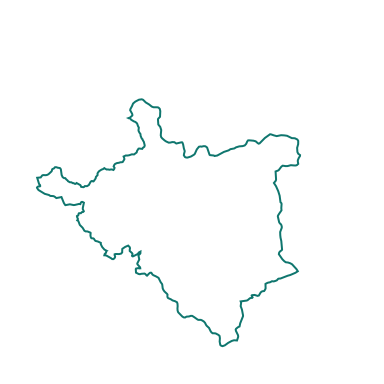 Quang Binh, Hà Giang, Vietnam, rotated 127°
{"feature_id": "81297802B33189914091729", "entity_name": "Quang Binh", "entity_type": "district", "adm_level": 2, "iso_a3": "VNM", "parent_name": "Vietnam", "parent_adm1": "Hà Giang", "projection": "robinson", "projection_center": [104.681, 22.384], "detail": "fine", "context": "isolated", "style": "outline", "palette": "teal", "viewbox_px": 384, "rotation_deg": 127, "n_neighbors": 0, "source": "geoboundaries", "source_scale": "gbopen_adm2", "svg_char_len": 6061}
<svg xmlns="http://www.w3.org/2000/svg" viewBox="0 0 384 384"><g transform="rotate(127 192 192)"><path d="M296.7,74.8L294.7,73.5L290.7,72.3L287.0,70.6L285.1,69.2L283.5,66.7L280.0,67.9L279.3,68.4L278.6,69.2L276.5,73.3L275.6,74.3L274.7,74.5L272.3,73.9L270.8,73.1L267.8,74.5L260.5,76.5L259.8,77.0L255.9,81.3L253.9,84.4L250.9,86.1L250.1,87.3L245.8,83.0L245.0,82.5L242.0,81.8L241.0,81.0L240.3,80.2L239.7,80.2L238.9,82.0L238.6,82.1L238.2,81.9L236.5,80.0L235.5,77.1L234.4,76.3L231.0,76.7L229.8,76.5L228.9,76.0L227.7,74.8L226.8,74.8L224.9,75.1L224.3,75.5L221.2,78.0L220.0,77.5L218.6,76.7L217.2,75.4L215.1,74.4L214.2,72.9L212.7,71.8L211.5,71.1L209.5,70.9L208.9,70.5L207.9,69.3L201.3,65.2L199.2,63.6L194.3,60.8L191.6,59.8L190.7,62.2L189.5,68.6L189.8,70.7L190.5,72.8L191.7,74.9L191.7,76.9L191.3,79.5L189.4,85.2L188.3,85.8L186.9,86.0L184.3,85.3L183.8,85.4L177.4,91.2L175.3,93.7L173.4,95.5L170.9,97.5L166.5,98.8L165.6,99.5L164.8,100.5L164.3,101.4L164.2,102.9L163.7,104.2L159.9,108.7L159.2,109.1L157.3,109.3L152.8,109.5L151.1,111.0L147.6,113.3L147.1,114.0L146.9,115.2L142.2,119.8L139.4,123.7L136.8,128.4L135.5,132.0L132.5,131.9L131.4,132.4L125.3,137.6L122.9,136.1L122.1,135.9L118.1,135.9L117.3,135.7L116.4,135.4L114.9,132.7L113.8,131.3L111.1,129.2L109.4,126.5L108.3,125.0L107.3,124.4L105.6,124.1L103.9,125.9L102.9,126.6L100.6,127.2L98.3,127.4L97.5,127.9L97.5,130.2L96.6,131.9L93.5,134.6L89.9,136.0L87.3,137.9L86.9,138.8L86.7,139.6L87.2,142.2L88.9,144.7L89.9,149.9L91.2,152.3L93.0,155.0L96.4,158.0L97.5,160.7L98.4,163.5L98.9,164.4L105.0,166.3L112.5,167.3L113.3,167.9L113.4,168.9L113.2,171.7L114.1,173.9L116.5,177.7L117.1,178.3L118.5,178.3L120.9,177.7L123.1,177.9L124.9,179.2L127.1,181.7L129.8,183.7L131.7,184.4L134.7,187.1L136.7,187.8L140.7,190.6L147.7,193.8L149.7,195.7L149.7,196.5L151.7,199.8L151.7,200.4L147.4,206.7L147.4,208.5L147.6,209.2L148.6,210.5L150.0,211.6L150.5,212.6L151.7,213.7L155.1,213.8L159.9,212.7L161.1,212.9L164.3,214.2L167.2,216.3L168.0,217.4L168.3,218.7L167.6,220.6L166.4,221.3L164.1,222.2L163.5,222.7L162.1,224.7L159.3,227.8L158.3,229.4L158.3,229.9L159.1,230.7L162.7,233.7L162.8,234.5L162.8,236.0L164.0,237.8L165.5,239.0L166.6,240.3L167.2,243.0L167.3,244.8L167.1,248.0L166.8,249.5L165.5,251.1L161.0,253.9L159.1,256.6L158.4,259.5L154.6,262.8L153.9,263.1L151.2,262.8L146.5,266.0L145.0,267.8L144.8,269.0L144.9,270.2L147.5,273.8L148.0,275.5L147.9,279.0L148.3,282.8L147.8,286.5L148.2,287.9L150.2,289.9L154.0,291.7L156.8,292.3L159.5,291.6L162.8,291.1L163.9,290.6L165.5,287.0L166.2,286.1L166.8,285.7L169.8,286.3L171.2,287.2L171.1,286.7L170.4,285.9L170.9,284.1L170.6,281.0L170.1,279.3L170.3,277.1L171.8,274.9L172.6,273.2L174.7,272.0L175.3,271.5L176.2,269.8L176.7,268.1L178.1,266.8L179.1,265.1L179.6,264.2L179.6,263.4L180.3,262.3L180.9,260.7L182.9,258.2L183.4,257.7L184.6,257.3L186.2,257.8L187.5,257.7L189.1,260.4L189.6,260.8L192.3,260.6L193.7,260.0L196.9,260.9L198.1,262.7L200.6,264.4L202.0,265.8L202.6,266.8L204.6,267.9L204.8,268.0L205.8,266.4L206.6,265.7L209.7,265.4L210.3,265.8L211.4,267.1L212.7,268.0L214.0,269.3L215.8,270.3L216.9,270.4L218.7,270.0L219.3,268.4L220.4,268.0L221.7,268.0L222.2,269.5L222.9,270.4L223.9,271.3L224.5,272.6L225.4,273.7L225.7,275.3L225.7,276.4L227.4,276.9L228.5,277.7L231.2,278.7L233.0,278.8L234.1,278.6L235.3,277.6L237.8,277.8L239.2,277.1L242.6,277.0L243.1,277.3L243.2,278.1L243.6,278.7L243.9,278.9L245.0,279.1L248.5,278.6L250.4,279.3L251.9,281.2L253.0,281.3L253.5,281.6L254.5,283.4L254.6,283.8L253.9,284.7L253.7,285.4L254.2,288.9L254.3,289.6L255.2,289.7L255.9,290.2L256.2,291.9L256.6,292.4L256.9,294.3L257.7,295.4L258.0,297.5L257.7,298.2L257.6,300.1L257.2,301.5L257.9,302.5L258.0,304.2L256.9,306.3L252.9,310.3L252.5,311.1L252.4,312.0L253.5,314.0L253.7,315.0L254.6,316.3L256.4,316.5L257.7,317.3L258.3,317.2L259.5,316.7L260.1,316.6L264.1,317.3L265.4,317.9L266.5,318.8L268.1,321.1L269.0,321.6L271.4,321.6L273.8,324.2L277.6,319.0L277.9,317.6L278.6,316.8L278.9,316.8L279.3,317.1L279.6,317.7L280.7,318.4L281.7,318.5L282.1,318.0L282.8,315.8L282.1,308.5L280.5,304.5L280.4,302.8L278.8,300.4L278.5,299.6L278.4,298.4L278.5,296.7L274.6,293.2L277.9,287.7L278.7,285.5L278.7,285.2L275.3,282.1L273.7,278.7L273.0,277.9L269.6,275.1L268.9,273.9L267.2,274.4L266.3,274.1L265.8,273.4L265.6,271.9L270.5,269.6L271.4,268.9L272.5,266.8L273.4,266.9L274.3,267.8L275.8,268.0L277.0,269.5L277.5,269.5L279.0,268.8L279.4,268.8L280.2,269.4L280.5,269.4L281.3,268.5L282.2,266.8L283.7,266.6L283.5,265.6L283.9,264.8L285.8,261.8L286.4,257.8L287.7,254.6L287.5,253.3L286.4,251.7L285.6,248.7L285.7,248.3L287.9,246.9L289.0,245.6L289.4,244.8L289.4,244.4L288.4,242.8L288.4,242.2L289.1,240.3L289.1,239.5L288.2,237.4L287.5,234.2L288.6,233.4L290.0,230.6L290.7,227.3L290.3,224.7L290.9,224.9L292.2,224.1L294.0,224.4L295.3,223.9L294.3,222.3L293.6,217.0L293.6,215.4L293.0,214.5L292.3,214.2L290.8,214.1L289.6,214.7L289.1,215.7L288.3,216.3L287.4,215.6L285.4,212.8L283.8,211.5L282.3,211.4L279.5,213.4L279.2,213.4L276.0,212.3L273.2,210.7L273.6,208.4L274.3,207.6L275.6,207.0L276.6,206.2L276.8,203.5L277.2,202.3L278.0,201.8L278.8,201.7L279.2,201.2L279.1,200.6L278.6,200.2L274.3,198.1L272.1,198.0L270.6,197.3L272.1,196.3L273.1,196.3L274.8,196.7L277.6,193.5L282.0,192.7L282.6,192.0L283.4,188.1L284.1,187.4L284.8,188.2L285.2,189.2L286.8,190.6L287.4,190.5L290.1,188.2L289.6,185.3L289.0,184.1L287.8,183.2L285.7,180.8L285.6,179.8L286.0,177.9L285.8,177.5L283.4,177.3L281.8,176.9L281.1,176.2L281.0,175.8L281.7,173.9L281.7,172.8L281.1,170.2L280.7,167.1L282.9,162.7L283.5,160.6L284.0,159.9L286.6,157.4L287.4,156.0L288.0,154.2L288.4,150.5L288.7,149.8L290.0,149.0L290.9,148.0L291.1,147.2L290.4,144.3L290.3,142.3L289.4,139.8L289.1,137.6L290.0,136.3L291.9,134.7L293.8,133.5L295.4,132.1L296.4,130.6L297.3,124.7L297.1,123.1L296.4,122.0L294.9,121.4L293.1,119.4L291.6,118.4L291.1,117.7L290.8,117.2L290.6,114.7L290.5,110.7L290.3,110.0L288.8,108.0L288.5,106.8L288.3,104.5L288.7,102.7L289.6,101.0L290.0,99.8L290.3,96.6L291.9,93.5L292.4,92.0L292.4,90.5L291.1,88.7L290.7,87.9L290.2,84.8L290.4,83.3L292.0,81.7L294.8,79.9L297.1,77.4L297.2,76.1L296.7,74.8Z" fill="none" stroke="#0f766e" stroke-width="2"/></g></svg>